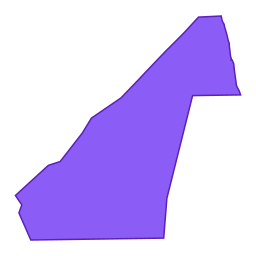 outline of Benichab, Inchiri, Mauritania, rotated 180°
{"feature_id": "47542326B98603827415339", "entity_name": "Benichab", "entity_type": "district", "adm_level": 2, "iso_a3": "MRT", "parent_name": "Mauritania", "parent_adm1": "Inchiri", "projection": "natural_earth1", "projection_center": [-15.686, 19.224], "detail": "fine", "context": "isolated", "style": "filled", "palette": "violet", "viewbox_px": 256, "rotation_deg": 180, "n_neighbors": 0, "source": "geoboundaries", "source_scale": "gbopen_adm2", "svg_char_len": 690}
<svg xmlns="http://www.w3.org/2000/svg" viewBox="0 0 256 256"><g transform="rotate(180 128 128)"><path d="M92.3,17.9L89.1,57.8L63.4,160.4L15.4,161.1L16.9,165.3L18.6,168.4L19.6,170.8L20.3,176.2L21.3,183.4L21.6,185.7L22.1,190.1L22.2,192.0L23.9,196.1L25.0,196.0L24.7,197.5L25.3,199.1L25.9,203.0L26.1,205.7L26.6,209.3L26.8,212.8L27.8,215.6L28.5,218.7L29.5,222.7L30.3,225.4L31.3,228.7L31.9,231.8L32.8,233.1L33.9,235.7L34.8,240.0L57.5,238.9L71.6,223.6L84.5,210.6L89.8,205.4L110.0,184.3L117.3,176.5L135.0,158.1L164.6,137.9L173.6,123.1L195.8,94.5L205.0,91.5L207.7,90.6L231.0,69.3L240.6,60.5L234.2,51.1L237.1,43.1L225.2,16.0L92.3,17.9Z" fill="#8b5cf6" stroke="#5b21b6" stroke-width="1.5"/></g></svg>